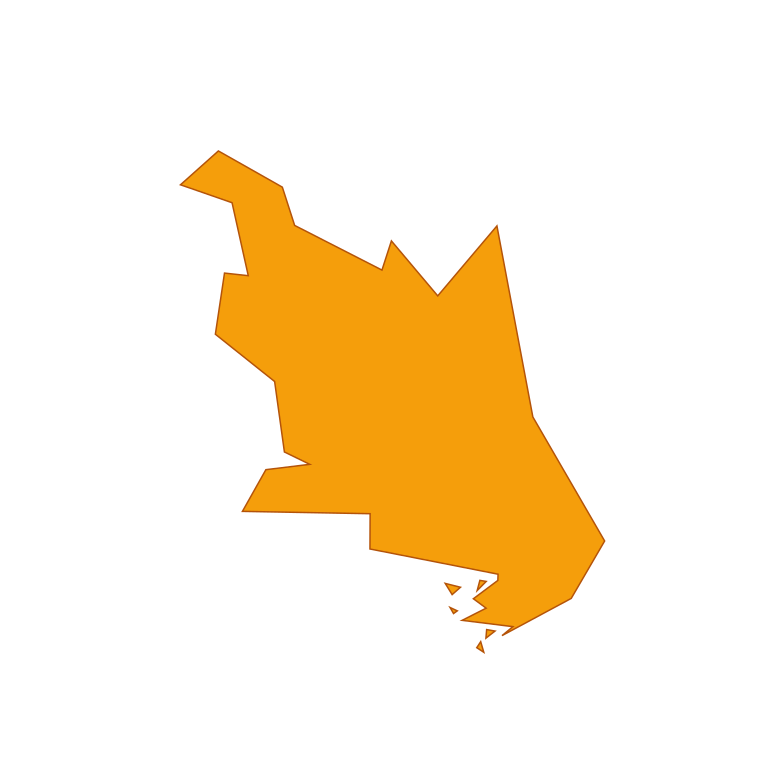 an SVG outline of Kalimantan Timur, rotated 137°
{"feature_id": "IDN-1185", "entity_name": "Kalimantan Timur", "entity_type": "Province", "adm_level": 1, "iso_a3": "IDN", "parent_name": "Indonesia", "parent_adm1": "", "projection": "natural_earth1", "projection_center": [116.728, 1.017], "detail": "coarse", "context": "isolated", "style": "filled", "palette": "amber", "viewbox_px": 768, "rotation_deg": 137, "n_neighbors": 0, "source": "natural_earth", "source_scale": "10m", "svg_char_len": 774}
<svg xmlns="http://www.w3.org/2000/svg" viewBox="0 0 768 768"><g transform="rotate(137 384 384)"><path d="M393.3,99.5L469.3,119.5L455.2,118.6L488.1,157.9L462.2,150.4L465.1,166.0L434.7,162.7L430.3,167.1L506.8,272.9L482.6,298.6L574.4,387.4L528.8,401.9L493.1,375.9L503.2,402.2L462.3,460.4L473.4,535.4L425.0,573.9L409.4,555.8L371.5,620.2L397.0,668.5L346.2,667.4L324.1,597.3L341.2,560.9L307.8,468.7L281.0,483.6L284.6,411.8L193.6,422.6L297.6,258.4L329.7,118.7L393.3,99.5ZM456.7,169.4L447.8,175.0L443.9,169.9L456.7,169.4ZM466.7,183.2L477.8,183.5L475.2,196.4L466.7,183.2ZM489.0,129.6L494.0,119.7L496.0,127.9L489.0,129.6ZM471.3,127.6L482.8,128.6L476.4,134.4L471.3,127.6ZM489.7,168.7L488.1,175.5L485.1,168.1L489.7,168.7Z" fill="#f59e0b" stroke="#b45309" stroke-width="1.5"/></g></svg>